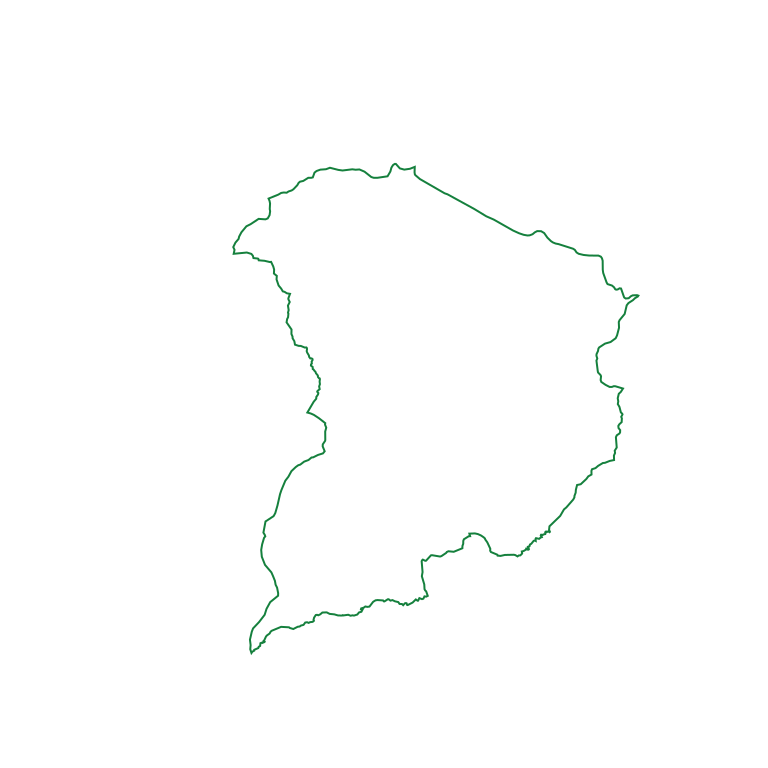 outline of Iedera, Dâmbovita, Romania, rotated 326°
{"feature_id": "2599482B64080351201146", "entity_name": "Iedera", "entity_type": "district", "adm_level": 2, "iso_a3": "ROU", "parent_name": "Romania", "parent_adm1": "Dâmbovita", "projection": "natural_earth1", "projection_center": [25.641, 45.048], "detail": "fine", "context": "isolated", "style": "outline", "palette": "green", "viewbox_px": 768, "rotation_deg": 326, "n_neighbors": 0, "source": "geoboundaries", "source_scale": "gbopen_adm2", "svg_char_len": 6166}
<svg xmlns="http://www.w3.org/2000/svg" viewBox="0 0 768 768"><g transform="rotate(326 384 384)"><path d="M532.2,575.7L534.6,571.9L537.0,570.4L538.0,568.3L541.4,566.8L546.5,557.8L548.3,556.7L551.5,556.7L552.7,556.1L554.0,554.3L553.8,551.7L554.8,549.8L556.5,549.0L559.7,548.5L562.0,545.5L562.3,543.9L564.7,542.6L564.9,541.8L564.5,540.0L566.4,534.6L566.6,531.4L568.5,529.4L569.8,526.5L573.2,523.4L575.9,523.0L579.6,521.4L574.5,515.2L573.2,514.3L571.4,513.9L569.4,512.6L567.2,508.6L565.3,503.8L565.8,501.9L568.3,498.9L568.5,497.5L567.9,494.2L568.4,492.9L573.2,483.4L575.1,482.1L575.9,479.4L576.9,478.1L579.9,476.3L581.5,474.6L582.8,474.0L589.8,474.1L595.3,475.9L601.7,475.6L604.4,474.0L610.3,468.8L613.3,463.9L615.0,462.8L622.7,460.5L629.2,454.5L631.9,453.6L637.2,453.7L640.2,453.2L643.4,453.4L644.3,453.0L643.5,451.9L639.8,449.6L637.9,449.3L634.8,449.7L632.2,448.3L631.6,446.9L631.6,446.1L633.9,437.4L632.8,436.4L630.6,436.3L629.2,435.6L628.7,434.7L628.8,432.5L628.1,429.9L625.2,426.2L625.3,424.4L627.8,414.6L629.2,411.7L634.2,404.1L635.0,401.7L635.0,399.7L633.6,397.5L625.9,392.2L621.6,388.6L618.2,384.9L617.2,382.6L617.2,379.5L616.4,377.6L606.9,365.6L604.8,363.5L603.2,361.1L602.3,358.9L601.3,354.0L601.2,348.4L599.7,345.2L596.5,342.9L593.9,342.6L590.9,342.9L587.9,342.2L586.0,341.1L583.2,338.4L580.3,334.6L576.8,328.9L566.9,309.0L562.6,302.2L556.8,289.6L542.7,262.2L540.9,259.8L528.4,234.2L526.8,228.4L526.8,227.5L527.7,225.6L530.9,221.2L525.9,220.1L520.7,217.6L517.7,214.1L516.9,208.2L516.1,207.6L514.2,207.5L512.6,208.1L511.1,208.8L508.1,211.4L503.1,213.8L493.9,209.4L490.8,207.3L489.2,205.3L486.6,197.1L483.6,192.4L480.3,190.5L477.8,188.3L469.0,183.8L465.8,180.9L460.1,174.5L456.0,173.5L451.1,170.7L447.2,169.7L444.6,169.9L440.5,172.9L439.1,172.4L436.5,170.7L430.6,170.5L427.5,169.3L425.7,169.5L423.3,170.7L417.8,171.9L415.7,171.9L412.5,171.0L410.3,171.0L408.0,169.2L405.6,168.1L402.3,167.9L392.0,165.7L391.5,168.2L390.5,170.6L387.1,175.1L386.2,177.1L383.6,180.0L380.2,181.7L377.8,181.2L372.4,177.0L362.7,176.9L358.1,176.3L350.6,178.5L346.3,180.8L344.6,182.4L339.9,183.7L335.6,186.2L335.1,189.2L332.2,192.0L343.8,198.3L346.8,202.0L347.0,204.4L346.2,206.6L349.6,209.5L349.8,209.9L349.3,211.4L353.8,215.0L357.5,219.0L358.7,219.6L357.9,224.7L356.9,227.7L354.5,230.9L355.6,234.4L353.4,237.2L351.7,243.4L352.1,247.4L351.9,250.6L353.1,252.0L354.2,254.5L356.5,256.7L352.6,259.5L352.1,260.4L351.7,263.3L348.2,265.3L346.3,269.4L344.2,271.3L344.1,272.2L341.8,275.0L340.0,276.0L337.7,278.4L337.8,287.1L335.2,290.8L334.7,293.5L333.8,295.0L333.6,298.4L332.2,301.6L334.6,304.7L336.3,305.9L338.7,309.5L340.1,310.3L340.2,310.8L339.8,311.9L338.3,313.5L337.9,314.9L337.7,318.3L337.1,319.7L337.2,321.6L338.3,322.3L338.7,323.2L338.3,324.1L336.5,325.0L335.6,326.7L334.5,326.9L333.7,327.9L334.4,329.9L333.3,331.8L333.7,332.6L333.7,334.1L334.0,335.5L333.6,337.1L333.9,339.9L333.2,341.2L333.3,342.7L333.8,343.4L333.6,344.1L331.9,346.1L330.8,348.3L328.9,349.7L327.8,352.3L325.0,352.6L324.3,353.1L324.5,354.8L323.4,355.8L320.6,356.9L319.6,358.3L315.8,359.4L304.5,364.8L306.8,367.5L308.6,370.4L310.9,375.9L313.4,383.6L312.4,384.7L311.7,387.9L308.7,390.5L304.0,397.6L303.4,398.2L299.5,399.8L298.3,401.4L297.2,406.6L294.6,407.4L289.6,405.9L284.3,405.2L282.8,404.4L278.9,404.8L274.4,403.7L269.5,404.0L267.5,403.4L264.4,403.5L258.5,404.5L252.9,407.4L248.1,409.0L239.6,414.6L236.2,417.2L227.8,425.1L221.7,430.2L219.4,431.4L218.5,431.8L208.9,431.7L200.9,439.8L200.8,442.3L200.4,443.9L198.5,444.5L193.3,448.8L189.4,452.9L186.1,458.9L184.2,467.4L185.3,477.2L184.6,481.1L183.5,486.2L181.9,489.8L181.5,493.0L179.3,498.2L177.8,500.3L167.7,501.2L160.9,504.7L156.0,508.6L147.3,511.5L138.8,513.4L135.9,515.4L129.9,521.0L127.4,525.9L124.8,529.1L123.7,532.9L125.3,532.3L127.3,532.5L127.8,531.8L132.1,532.6L133.2,531.8L134.8,531.9L136.6,529.8L137.8,530.0L138.2,530.6L140.6,531.1L140.9,530.9L140.7,530.6L140.0,530.7L139.8,530.3L140.0,529.8L141.4,529.5L144.9,527.4L146.2,527.0L149.6,526.9L151.6,525.9L153.0,525.8L162.9,527.8L169.2,532.6L169.5,533.6L171.8,536.4L176.7,537.0L178.5,537.9L180.0,537.8L182.6,538.7L185.3,537.7L187.0,538.5L187.9,539.9L189.5,540.1L191.9,541.3L193.5,541.1L193.7,540.1L195.4,538.6L198.2,537.4L199.4,537.9L200.2,539.0L202.3,539.3L205.1,539.0L208.8,541.3L210.4,544.2L214.0,547.2L216.4,550.1L219.7,552.5L220.6,552.6L220.8,553.1L225.3,555.3L226.7,557.4L228.6,558.2L229.6,559.2L233.0,560.2L235.5,559.4L237.9,560.2L240.1,559.0L238.9,557.9L239.6,557.3L242.2,558.1L244.1,558.0L245.6,559.5L247.5,560.4L253.2,558.5L256.0,558.6L257.8,559.5L262.2,562.9L262.3,564.1L262.8,564.5L266.8,564.6L267.5,565.1L268.2,567.2L270.2,567.9L271.5,570.2L273.9,572.8L273.9,575.0L275.9,576.5L276.2,578.1L278.7,577.5L279.7,577.9L280.1,578.5L279.6,580.0L280.0,580.5L285.5,581.2L289.9,580.4L290.6,582.4L291.1,582.7L293.6,581.3L295.2,583.6L296.6,584.0L298.8,582.7L300.1,583.9L301.8,584.1L303.0,579.5L302.7,578.1L302.9,576.7L305.3,572.7L307.9,564.5L310.8,561.5L316.1,552.0L317.1,551.4L318.0,551.3L319.3,553.6L320.1,554.0L327.1,552.3L328.1,552.8L334.0,558.4L335.4,558.8L341.1,558.8L342.1,558.4L343.9,558.7L348.0,562.1L357.1,564.0L358.5,562.1L360.3,560.8L362.0,558.4L363.4,557.4L369.2,557.6L370.3,558.3L371.1,555.8L375.8,558.7L377.9,560.9L379.7,563.8L380.9,566.8L381.3,568.5L381.0,569.5L381.1,573.0L380.0,580.0L378.8,581.6L378.7,583.1L382.5,588.9L382.2,589.8L384.5,591.7L388.6,593.3L396.2,598.2L397.2,599.3L398.3,601.6L399.8,601.5L401.2,602.3L403.7,601.8L404.6,599.9L406.2,600.5L409.1,600.7L409.9,599.9L410.8,600.5L410.4,601.5L410.8,602.0L411.6,602.1L412.2,600.9L411.9,600.1L412.2,599.4L414.0,599.8L415.2,598.7L416.8,598.8L420.4,597.7L421.5,598.1L422.0,599.0L423.1,597.1L423.8,596.8L426.0,599.1L428.3,598.9L429.1,599.2L429.2,597.3L429.9,596.8L430.5,597.2L430.4,598.0L432.1,597.9L433.8,598.6L434.3,598.2L434.7,597.1L435.5,596.8L436.1,597.1L436.3,597.8L437.8,598.0L438.3,599.4L438.9,599.3L439.3,597.2L441.6,594.5L456.3,591.9L463.1,588.6L466.1,588.3L476.3,585.6L478.4,584.5L479.3,583.3L482.1,581.3L483.9,579.0L487.6,575.7L491.0,577.1L498.6,575.9L501.7,574.8L505.4,575.1L507.4,572.0L508.8,571.0L512.3,572.0L515.8,571.6L521.3,571.9L523.1,572.9L528.1,574.0L532.2,575.7Z" fill="none" stroke="#15803d" stroke-width="2"/></g></svg>